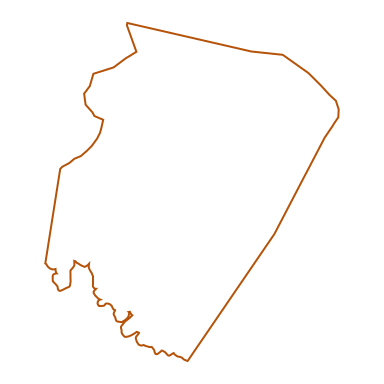 Mongomoyen, Wele-Nzás, Equatorial Guinea
{"feature_id": "11065452B2915005607236", "entity_name": "Mongomoyen", "entity_type": "district", "adm_level": 2, "iso_a3": "GNQ", "parent_name": "Equatorial Guinea", "parent_adm1": "Wele-Nzás", "projection": "robinson", "projection_center": [11.002, 1.641], "detail": "fine", "context": "isolated", "style": "outline", "palette": "amber", "viewbox_px": 384, "rotation_deg": 0, "n_neighbors": 0, "source": "geoboundaries", "source_scale": "gbopen_adm2", "svg_char_len": 4409}
<svg xmlns="http://www.w3.org/2000/svg" viewBox="0 0 384 384"><path d="M127.3,23.0L126.9,25.3L136.4,51.8L131.4,54.9L125.6,58.4L113.6,67.4L93.4,73.8L89.8,86.1L84.1,93.7L84.4,95.6L84.6,97.4L85.6,104.7L92.4,112.3L94.4,116.0L103.2,119.8L101.5,127.4L100.0,132.9L97.1,138.6L91.7,146.0L86.9,150.8L80.8,156.1L74.3,158.8L69.5,162.9L62.2,166.8L60.2,169.0L45.3,263.5L46.2,264.0L47.5,266.2L47.7,266.4L47.9,266.7L49.7,268.3L50.0,268.5L50.4,268.7L52.1,269.3L52.3,269.3L52.6,269.4L54.1,269.4L54.4,269.3L54.8,269.2L55.5,269.0L55.5,269.4L55.5,269.9L55.9,271.9L56.1,272.4L56.3,272.8L56.7,273.4L56.2,273.4L55.9,273.5L55.6,273.5L54.1,274.1L53.9,274.2L53.7,274.3L53.5,274.5L53.2,274.7L53.1,274.9L53.0,275.1L52.9,275.4L52.8,275.8L52.8,276.0L52.7,276.2L52.7,280.1L52.8,280.5L52.8,280.9L52.9,281.0L52.9,281.3L53.2,281.5L53.3,281.8L55.6,284.1L57.5,286.4L57.8,288.5L58.0,289.2L58.1,289.3L58.1,289.5L58.3,289.8L58.5,290.2L58.6,290.3L59.1,290.6L59.4,290.8L59.5,290.8L60.0,290.8L60.4,290.8L60.5,290.8L60.7,290.7L62.8,289.8L66.3,288.0L68.7,287.0L68.8,287.0L69.2,286.7L69.6,286.4L69.8,285.8L70.0,285.3L70.6,281.6L70.6,281.4L70.6,281.2L70.5,277.8L70.5,274.3L70.5,274.2L70.4,271.7L70.6,270.3L72.3,268.4L73.9,266.3L74.0,266.1L74.1,265.9L74.2,265.6L74.3,265.2L74.4,264.8L74.3,260.9L75.4,261.3L76.4,262.4L76.7,262.7L77.0,262.9L78.5,263.7L80.2,264.8L80.3,264.9L80.4,265.0L83.8,266.6L84.2,266.7L84.6,266.8L84.7,266.7L84.9,266.8L85.2,266.6L85.6,266.5L87.6,265.2L87.9,265.0L89.0,263.8L88.7,266.4L88.7,266.5L88.7,267.0L88.8,267.5L89.8,270.1L90.0,270.4L91.7,273.1L93.0,276.4L93.0,283.2L92.9,285.6L92.9,286.0L92.9,286.4L93.0,286.6L93.1,286.8L93.3,287.1L93.5,287.4L94.3,288.3L94.5,288.4L94.7,288.6L94.9,288.7L95.2,288.8L95.4,288.8L95.7,288.9L95.8,288.9L95.5,289.2L95.5,289.3L95.4,289.3L94.1,290.9L94.0,291.3L93.7,291.6L93.7,291.8L93.7,292.0L93.7,292.4L93.6,292.8L93.7,293.1L93.9,293.5L94.1,293.8L95.4,295.8L95.6,295.9L95.7,296.0L98.3,298.6L98.6,298.8L98.9,299.0L100.3,299.6L99.1,300.0L98.7,300.4L98.3,300.7L98.1,301.2L97.8,301.7L97.6,302.8L97.7,303.2L97.6,303.6L97.7,303.8L97.7,304.0L97.9,304.3L98.0,304.7L98.5,305.3L98.8,305.6L99.2,305.9L99.3,305.9L99.3,306.0L99.8,306.0L100.2,306.1L103.3,305.8L103.6,305.7L103.9,305.7L104.1,305.5L104.3,305.4L104.5,305.2L104.8,304.9L105.5,303.8L106.3,303.5L108.1,303.6L109.8,304.2L111.7,305.8L112.0,306.6L113.0,308.7L113.2,308.9L113.4,309.2L113.5,309.4L113.7,309.5L114.0,309.6L114.3,309.8L115.0,310.0L115.1,310.3L113.9,312.7L113.9,312.8L113.8,313.3L113.6,313.8L113.8,314.4L113.9,315.0L115.3,317.5L115.9,320.0L116.0,320.1L116.3,320.6L116.5,321.0L117.0,321.3L117.4,321.5L117.5,321.5L121.1,322.1L121.3,322.1L121.7,322.0L122.1,321.9L122.3,321.8L125.4,319.9L125.6,319.7L125.8,319.6L127.8,317.5L127.9,317.4L128.1,317.0L128.4,316.5L129.1,314.0L129.1,313.8L129.2,313.6L129.1,313.2L129.1,312.8L129.0,312.6L128.8,312.1L128.7,312.0L129.9,311.8L131.0,314.0L131.4,314.5L131.7,314.9L131.8,314.9L132.3,315.2L132.1,315.4L132.1,315.5L129.7,317.9L125.3,321.3L125.1,321.5L124.9,321.6L121.5,325.9L121.2,326.4L121.0,326.9L121.0,327.5L121.0,328.1L121.5,329.6L121.6,332.2L121.6,332.3L121.6,332.5L121.7,332.9L121.9,333.3L122.0,333.4L122.0,333.6L123.9,336.1L124.3,336.4L124.6,336.7L124.8,336.7L125.2,336.8L125.6,336.9L128.0,336.6L128.3,336.5L128.5,336.4L131.8,335.1L132.0,334.9L134.8,333.2L135.0,333.1L136.6,331.9L138.5,332.5L139.0,332.8L138.6,333.6L136.3,336.6L136.2,336.6L136.0,337.1L135.8,337.6L135.8,338.2L135.9,338.7L135.9,338.8L136.7,341.4L136.9,341.6L136.9,341.9L138.3,344.1L138.4,344.3L138.5,344.4L138.8,344.6L139.1,344.9L139.3,344.9L139.4,345.0L141.0,345.5L141.6,345.5L142.0,345.5L143.6,345.0L145.4,345.9L145.6,345.9L145.7,346.0L149.4,347.0L149.7,347.0L150.0,347.1L151.7,346.9L152.7,348.1L154.1,349.9L154.8,352.6L155.0,352.9L155.1,353.2L155.2,353.4L155.3,353.6L155.6,353.7L155.8,354.0L156.0,354.0L156.5,354.1L156.8,354.2L157.0,354.1L157.5,353.9L157.8,353.8L160.5,351.7L161.8,350.5L162.9,350.9L165.1,352.2L167.6,355.0L167.8,355.1L168.0,355.3L168.3,355.4L168.5,355.6L169.0,355.6L169.5,355.6L169.7,355.4L170.0,355.3L172.9,353.4L173.7,353.1L174.1,353.8L174.4,354.1L174.7,354.5L176.9,356.1L177.3,356.3L177.7,356.5L179.5,356.8L181.7,357.5L183.7,359.3L184.0,359.5L184.3,359.7L187.0,360.8L187.4,361.0L187.7,360.9L274.4,234.0L305.4,174.5L306.5,172.5L324.7,137.6L332.2,126.6L334.4,123.0L338.3,117.3L338.7,109.4L335.9,100.8L329.6,95.0L320.6,85.2L308.5,73.1L282.7,54.8L251.3,51.5L127.3,23.0Z" fill="none" stroke="#b45309" stroke-width="2"/></svg>